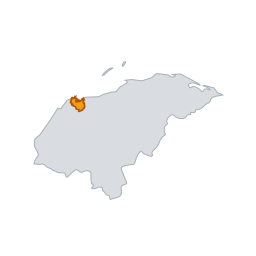 location of Tela, Atlántida, Honduras, rotated 346°
{"feature_id": "27666195B55788691524887", "entity_name": "Tela", "entity_type": "district", "adm_level": 2, "iso_a3": "HND", "parent_name": "Honduras", "parent_adm1": "Atlántida", "projection": "robinson", "projection_center": [-87.586, 15.716], "detail": "fine", "context": "in_parent", "style": "filled", "palette": "amber", "viewbox_px": 256, "rotation_deg": 346, "n_neighbors": 0, "source": "geoboundaries", "source_scale": "gbopen_adm2", "svg_char_len": 5608}
<svg xmlns="http://www.w3.org/2000/svg" viewBox="0 0 256 256"><g transform="rotate(346 128 128)"><path d="M227.9,118.9L219.6,118.4L215.7,119.5L214.0,122.1L212.5,123.2L211.3,123.0L208.8,124.0L205.1,126.2L201.7,127.1L198.7,126.5L197.8,127.1L197.6,127.9L197.1,128.6L195.9,129.0L194.6,128.8L193.1,128.0L192.3,128.3L192.2,129.8L191.4,130.2L189.9,129.5L188.1,130.0L186.2,131.8L183.5,132.2L180.0,131.1L177.3,129.2L175.4,126.4L173.1,125.7L169.1,127.8L167.4,130.2L167.0,131.7L167.4,133.1L166.7,134.0L164.8,134.5L163.4,136.2L162.5,139.0L162.3,141.3L162.9,142.8L161.9,144.0L159.5,144.7L156.6,147.2L153.3,151.5L150.0,154.4L146.7,156.1L145.1,158.0L145.2,160.0L145.0,160.7L144.4,160.9L143.3,161.2L137.0,156.7L135.1,153.6L133.6,154.1L131.6,155.7L128.8,159.2L125.8,163.9L124.3,164.5L116.8,163.8L112.8,164.2L112.0,164.8L111.6,166.6L111.9,168.9L113.0,177.3L113.6,180.7L113.0,181.8L110.9,182.0L108.3,182.5L106.9,184.1L106.5,185.7L106.4,188.0L105.6,190.3L103.9,192.0L102.3,192.6L93.4,193.0L93.5,189.2L90.9,187.6L89.5,184.4L88.2,182.2L88.6,180.8L88.5,179.3L84.8,178.1L81.4,179.0L79.4,178.4L78.0,177.6L80.5,175.7L80.6,174.5L79.8,173.7L79.0,173.1L79.3,170.9L79.8,168.4L81.2,162.4L80.7,161.3L78.4,159.5L75.5,159.3L72.3,159.9L70.8,159.0L69.4,156.9L67.1,155.9L63.1,157.6L58.8,160.1L57.5,161.0L56.4,160.8L56.0,159.0L55.8,156.8L55.5,156.3L53.2,155.5L50.6,154.9L49.2,154.3L47.9,152.8L44.8,150.9L44.0,149.5L39.8,146.2L38.9,144.5L38.0,143.4L35.9,141.9L34.3,142.2L28.9,140.3L28.1,140.2L28.9,138.5L30.6,136.0L34.3,133.1L34.6,130.8L33.6,126.5L32.7,123.6L33.2,122.3L34.4,117.2L35.3,116.0L40.6,113.4L41.1,113.1L45.3,109.4L50.0,105.4L54.9,101.0L60.3,96.0L63.3,93.1L64.7,91.8L67.8,92.9L70.3,90.5L71.7,89.7L75.0,86.9L76.1,86.3L81.6,85.2L84.3,85.2L86.7,88.0L88.5,89.6L92.0,88.3L95.0,88.0L107.2,90.6L112.0,89.4L120.9,89.2L124.9,89.9L130.5,86.1L134.1,85.3L138.4,83.6L137.8,81.8L136.8,81.0L143.2,81.8L152.9,85.6L163.2,84.9L166.9,82.8L169.3,82.2L179.8,86.2L182.6,89.2L184.8,89.5L186.5,88.8L186.9,88.1L184.8,87.5L183.9,86.6L192.2,88.4L207.9,102.6L208.2,103.8L201.5,99.6L198.0,99.9L197.1,100.6L197.3,102.8L197.6,103.9L199.1,104.0L200.3,103.4L203.0,104.2L204.9,105.7L207.1,108.0L208.4,110.6L209.9,110.6L211.3,109.1L213.9,108.9L215.6,110.6L216.9,110.5L215.1,107.9L211.1,105.2L212.1,105.1L221.0,109.8L223.6,115.8L225.7,117.1L227.9,118.9ZM122.8,67.9L117.6,70.8L116.0,70.8L118.4,68.5L122.2,66.6L125.4,65.7L128.1,66.1L122.8,67.9ZM140.4,64.9L138.0,67.0L137.5,66.1L138.7,64.1L140.2,63.0L141.6,63.1L141.3,63.9L140.4,64.9Z" fill="#d9dde1" stroke="#a8b0b8" stroke-width="1"/><path d="M91.9,88.2L91.7,88.3L91.6,88.5L91.3,88.7L90.9,88.7L90.3,88.8L90.3,89.0L90.1,89.3L90.4,89.3L90.4,89.2L90.5,89.0L90.5,89.3L90.4,89.5L90.2,89.5L90.2,89.4L89.9,89.7L89.6,89.9L89.3,90.0L88.9,90.0L88.5,89.9L88.2,89.8L87.5,89.5L87.4,89.5L87.4,89.4L87.2,89.3L86.7,89.0L85.9,88.3L85.3,87.6L85.2,87.7L85.3,87.7L85.6,88.0L85.8,88.2L85.8,88.3L86.0,88.4L86.1,88.6L85.9,88.7L86.0,88.6L85.8,88.4L85.8,88.5L85.7,88.5L85.6,88.4L85.4,88.3L85.5,88.3L85.4,88.2L85.3,87.9L85.2,87.9L85.0,88.0L84.9,88.2L84.9,88.3L85.1,88.5L85.3,88.6L85.8,89.1L85.9,89.4L86.4,89.9L86.5,90.1L86.8,90.2L87.1,90.3L87.3,90.4L87.7,90.5L87.9,90.4L88.0,90.4L88.0,90.2L87.9,90.1L87.7,90.1L87.3,89.7L87.5,89.5L87.4,89.6L87.5,89.8L87.7,90.0L88.0,90.1L88.0,90.3L87.8,90.5L87.7,90.6L87.3,90.5L87.2,90.5L86.9,90.4L86.7,90.3L86.4,90.4L86.2,90.4L85.8,90.3L85.6,90.4L85.4,90.3L85.4,90.2L85.3,89.9L85.2,89.8L85.1,90.0L84.8,90.2L84.6,90.1L84.4,90.1L84.2,90.3L83.9,90.3L83.9,90.5L83.8,90.3L83.7,90.3L83.7,90.2L83.8,89.8L83.9,89.6L84.0,89.4L83.9,89.0L84.0,88.7L84.2,88.4L84.3,88.1L84.5,87.7L84.5,87.8L84.8,87.8L85.1,87.7L84.9,87.2L85.2,87.6L85.3,87.6L85.1,87.5L84.8,87.1L84.4,86.5L84.1,86.0L84.0,85.5L84.0,85.3L84.1,85.2L84.2,85.3L84.3,85.2L84.6,84.9L84.8,84.7L84.7,84.7L84.6,84.8L84.4,84.9L84.2,84.8L84.2,85.0L84.0,84.9L83.9,85.1L83.9,85.3L83.7,85.4L83.7,85.2L83.5,85.4L83.4,85.5L83.5,85.5L83.4,85.7L83.5,85.7L83.6,85.4L83.6,85.5L83.7,85.8L83.8,85.9L83.8,86.0L83.8,86.4L83.7,86.5L83.3,86.4L83.2,86.2L83.3,86.1L83.4,85.8L83.2,85.8L83.1,86.0L82.8,85.9L82.3,85.6L81.3,84.9L81.1,84.8L80.8,85.0L80.7,85.3L80.7,85.6L80.7,85.8L80.8,86.1L80.7,86.4L80.2,86.5L80.1,86.4L80.0,86.6L79.7,86.9L79.4,87.1L79.3,87.3L79.5,87.5L79.4,87.7L79.4,87.8L79.4,88.0L79.3,88.3L79.4,88.5L79.1,88.3L78.9,88.3L79.1,88.8L79.0,89.0L78.9,89.0L78.7,88.8L78.6,89.2L78.7,89.4L78.4,89.5L78.5,89.7L78.8,89.6L78.8,89.9L79.1,90.1L79.1,90.3L78.9,90.7L78.9,90.8L79.0,90.8L79.1,90.7L79.1,90.3L79.2,90.2L79.3,90.2L79.4,90.5L79.6,90.7L79.6,90.8L79.5,91.0L79.8,91.6L79.9,91.8L79.6,91.7L79.4,91.7L79.2,91.8L79.3,92.1L79.3,92.4L79.2,92.5L79.3,92.6L79.5,92.8L79.9,92.8L80.1,92.9L80.2,93.1L80.3,93.1L80.4,93.3L80.5,93.5L80.8,93.6L80.9,93.8L81.0,93.8L81.1,94.0L81.4,94.0L81.5,94.0L81.9,94.5L82.0,94.7L82.1,94.8L82.3,94.9L82.2,96.1L82.4,96.5L82.3,96.9L82.5,97.3L82.8,97.4L82.9,97.5L83.4,97.6L83.5,97.6L83.8,97.7L83.9,97.8L84.0,97.9L84.2,98.1L84.3,98.3L84.5,98.3L84.8,98.4L84.2,100.0L84.4,100.1L84.9,100.1L85.1,100.1L85.7,100.0L85.8,100.0L85.9,99.9L86.0,99.9L86.5,99.7L86.6,99.8L86.8,99.8L86.8,99.7L87.3,99.5L87.5,99.6L87.6,99.8L87.6,99.7L87.8,99.7L88.0,99.6L88.3,99.5L88.4,99.4L88.5,99.4L88.8,98.9L89.0,98.8L89.2,98.7L89.3,98.7L89.5,98.5L89.5,98.4L89.7,98.5L89.8,98.4L89.9,98.2L90.0,98.2L90.3,98.1L90.3,97.9L90.5,97.7L90.7,97.4L90.8,97.3L90.9,97.2L90.9,97.3L91.0,97.3L91.1,97.1L91.3,96.9L91.3,96.7L91.2,96.7L91.0,96.0L91.7,94.1L91.4,92.5L91.2,93.0L90.9,93.2L90.8,92.9L90.6,91.8L90.9,91.4L91.2,91.3L91.3,91.0L91.4,90.8L91.4,90.7L91.5,90.6L91.8,90.4L91.9,90.1L92.0,90.1L91.9,90.0L92.3,89.8L92.4,89.7L92.1,88.6L91.9,88.4L91.9,88.2Z" fill="#f59e0b" stroke="#b45309" stroke-width="1.5"/></g></svg>